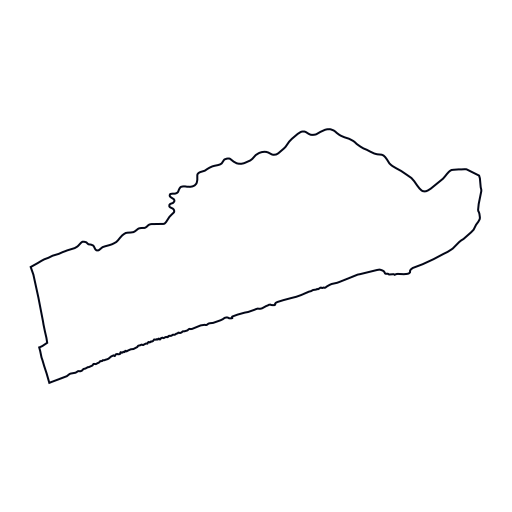 outline of Vinh Chau, Sóc Trăng, Vietnam
{"feature_id": "81297802B36990393529741", "entity_name": "Vinh Chau", "entity_type": "district", "adm_level": 2, "iso_a3": "VNM", "parent_name": "Vietnam", "parent_adm1": "Sóc Trăng", "projection": "orthographic", "projection_center": [105.972, 9.348], "detail": "fine", "context": "isolated", "style": "outline", "palette": "ink", "viewbox_px": 512, "rotation_deg": 0, "n_neighbors": 0, "source": "geoboundaries", "source_scale": "gbopen_adm2", "svg_char_len": 6046}
<svg xmlns="http://www.w3.org/2000/svg" viewBox="0 0 512 512"><path d="M49.3,382.8L66.8,376.2L69.6,374.0L70.6,373.6L75.6,372.7L78.0,371.2L78.8,371.1L80.1,371.3L81.7,370.8L83.5,369.0L85.5,368.5L87.8,367.2L88.3,367.2L89.1,367.0L92.4,365.5L93.5,364.0L94.1,363.9L95.8,364.1L96.7,363.7L97.4,363.2L98.5,362.8L99.4,362.2L100.2,361.2L100.8,361.1L101.6,361.1L102.3,360.9L102.7,360.3L104.5,360.2L105.6,359.7L106.8,359.4L108.5,358.7L111.1,356.5L112.6,355.8L113.5,355.4L114.5,356.0L114.9,355.9L115.6,354.6L116.2,354.2L117.3,354.0L118.0,354.3L119.7,354.1L120.3,353.6L120.3,352.8L120.5,352.4L120.8,352.2L122.0,352.7L122.7,352.5L123.2,351.9L123.8,351.8L124.5,352.0L125.3,350.9L125.8,350.9L126.2,351.3L126.7,351.3L128.3,350.4L130.8,349.3L133.5,349.0L137.3,347.0L137.8,346.2L138.2,345.8L138.7,345.6L140.1,345.3L141.4,344.7L141.9,344.7L142.8,345.0L143.3,345.0L144.2,344.4L145.8,343.6L146.4,343.5L147.2,343.7L147.5,343.5L147.9,342.6L148.3,342.2L148.7,342.0L149.1,342.1L149.4,342.3L149.7,342.4L150.6,342.0L150.7,341.7L151.1,341.4L152.0,341.5L153.0,341.0L154.2,339.5L155.9,339.7L156.4,339.3L156.9,339.2L157.2,339.5L157.5,339.5L158.0,339.3L158.5,338.7L159.0,338.8L159.3,339.3L159.7,339.4L160.1,339.4L160.4,339.1L160.3,338.7L161.4,338.0L162.4,337.7L163.3,338.1L163.9,338.0L165.5,337.1L166.2,337.0L167.2,337.2L167.5,337.1L167.6,336.7L167.9,336.6L168.4,336.6L168.9,335.9L169.4,335.8L170.9,335.9L171.3,335.6L171.8,335.5L172.7,334.8L173.3,334.7L173.9,334.8L174.7,334.7L175.4,334.4L176.1,333.8L177.7,333.3L178.3,332.7L178.9,332.7L179.9,333.0L180.5,332.9L181.6,332.4L182.6,331.5L183.0,331.3L184.4,331.3L186.5,330.7L187.4,330.4L188.8,329.2L189.4,328.9L190.9,329.1L192.1,328.9L200.7,325.4L204.7,324.8L205.5,325.0L206.3,325.0L206.9,324.8L208.2,323.8L209.1,323.4L210.3,323.2L213.1,322.9L220.5,320.3L222.8,319.2L224.6,317.9L225.3,317.7L226.9,317.4L228.1,317.7L228.9,318.2L229.5,318.3L231.4,318.3L232.2,318.1L232.2,317.7L232.0,317.2L232.1,316.8L232.4,316.5L237.6,314.6L244.8,312.6L248.1,312.0L254.4,309.8L256.0,309.1L257.7,308.6L259.5,308.8L260.7,308.7L262.1,308.3L266.1,306.1L267.9,305.4L268.9,304.8L270.3,304.6L271.2,305.0L272.1,305.1L274.4,305.1L274.9,304.9L275.2,304.4L275.1,303.8L275.7,302.9L277.4,302.0L283.5,300.1L291.4,298.0L296.2,296.8L301.0,295.1L308.8,291.7L311.1,291.1L312.3,290.4L313.1,290.0L316.0,289.6L317.2,289.0L317.6,289.2L318.3,289.1L320.4,287.7L321.1,287.6L321.6,287.9L322.3,288.0L322.8,287.9L323.3,287.6L324.0,287.6L324.8,287.8L325.5,287.5L327.1,286.3L329.6,284.9L331.6,284.0L337.1,282.8L339.0,282.1L357.7,274.6L359.9,274.2L377.0,270.0L379.5,269.6L380.8,269.9L382.2,270.4L383.6,271.1L384.4,272.1L385.0,273.3L385.3,273.6L386.0,273.8L387.3,273.7L388.2,273.9L388.5,274.2L389.1,274.5L393.4,274.2L393.9,274.3L394.6,274.8L396.3,274.1L397.6,273.9L403.8,274.2L407.0,273.9L408.4,273.6L409.3,273.1L410.0,272.3L410.1,270.6L410.8,269.5L412.7,268.0L422.7,264.2L433.7,259.1L443.5,253.9L447.6,251.9L451.5,249.4L452.8,248.5L459.1,242.1L461.2,240.4L463.5,239.0L471.1,232.3L473.6,229.7L476.1,224.7L478.2,221.9L479.6,219.4L479.8,218.7L479.9,217.4L479.4,213.8L478.9,212.2L478.3,211.1L478.1,209.8L478.7,204.0L481.3,191.1L481.3,189.8L480.7,187.2L479.9,178.4L479.1,175.6L466.5,169.3L465.0,169.2L461.5,169.4L458.5,169.4L453.3,169.8L451.5,170.0L450.0,170.9L448.8,171.9L446.9,174.0L445.0,176.4L443.0,178.7L430.7,188.7L427.8,190.5L426.1,191.2L424.6,191.4L422.7,191.1L421.6,190.5L419.5,188.5L417.1,185.4L414.2,181.2L411.4,178.0L406.8,174.8L401.2,171.0L395.9,168.1L392.4,166.0L391.1,165.0L389.4,163.4L386.9,159.4L385.2,157.1L383.5,155.5L381.7,154.7L377.3,154.3L376.0,154.0L374.2,153.5L370.4,151.7L366.8,149.8L363.4,148.4L360.4,146.6L358.4,145.2L356.6,143.9L355.5,142.8L354.4,141.8L353.1,140.9L350.7,139.6L348.9,138.7L344.5,137.3L341.2,135.9L339.4,134.9L336.7,132.9L335.3,131.6L333.9,130.6L333.0,130.2L330.6,129.3L329.4,129.2L327.0,129.3L325.0,129.8L320.4,131.9L316.4,134.2L315.6,134.5L313.8,134.8L312.1,134.9L310.5,134.7L308.6,133.8L306.1,132.2L304.7,131.6L303.9,131.5L302.5,131.5L301.9,131.6L300.7,132.0L297.7,133.9L291.9,138.8L289.2,141.6L285.5,146.9L283.9,148.5L278.3,153.3L277.1,154.0L276.1,154.5L273.7,154.8L272.3,154.6L271.6,154.3L268.2,152.5L266.2,151.9L264.3,151.8L261.8,152.1L259.3,152.9L257.9,153.7L255.7,155.1L252.3,158.9L250.2,160.5L245.0,162.8L243.7,163.3L241.2,163.8L238.6,163.7L236.7,163.3L233.6,161.6L230.3,159.0L229.6,158.6L228.2,158.5L227.0,158.6L224.6,159.4L224.3,159.6L223.9,160.1L221.9,163.1L221.6,163.5L219.9,164.5L217.9,165.1L214.5,165.8L212.3,166.4L209.5,167.7L207.3,169.0L204.8,170.7L200.2,172.1L198.7,172.9L197.9,173.7L197.5,174.3L197.3,175.1L197.3,179.9L196.8,182.5L196.4,183.5L196.1,183.9L194.8,185.3L194.1,185.7L192.5,186.4L190.3,186.8L186.8,186.7L185.1,186.4L183.1,186.4L181.2,186.8L180.6,187.1L179.7,188.2L178.9,189.7L178.2,191.6L177.9,192.1L177.3,192.7L176.1,193.3L175.6,193.5L174.4,193.7L172.2,193.7L170.4,194.0L170.0,194.4L169.7,195.3L169.9,196.4L170.9,197.3L173.8,199.2L174.3,200.1L174.4,200.9L174.2,201.5L173.7,202.2L172.9,203.0L170.3,203.9L169.9,204.3L169.4,204.9L169.3,206.2L169.6,206.8L170.1,207.3L172.8,208.6L173.7,209.5L174.1,210.4L174.2,211.5L174.0,212.2L173.7,212.6L171.4,214.8L169.4,216.9L166.1,222.0L164.9,223.3L164.3,223.7L163.4,223.9L151.4,224.1L150.2,224.3L148.9,224.8L148.2,225.3L146.5,226.9L145.7,227.4L144.7,227.9L141.2,228.0L139.4,228.3L138.7,228.5L138.0,228.9L135.1,231.2L133.5,232.1L132.9,232.2L130.8,232.5L127.5,232.7L125.7,233.0L123.9,234.1L122.2,235.4L120.1,237.7L118.0,240.3L116.3,242.0L113.8,243.4L111.9,244.3L109.5,245.1L105.1,246.3L102.7,247.1L102.1,247.5L99.1,250.0L98.2,250.4L96.8,250.4L96.3,250.2L95.7,249.7L95.2,249.1L93.8,246.3L93.2,245.6L92.7,245.3L90.9,244.6L88.5,244.3L87.7,243.7L86.4,242.4L85.6,242.1L84.3,241.8L82.7,241.7L82.0,242.0L81.0,242.8L78.1,245.9L77.1,246.7L74.7,248.1L67.2,250.4L65.2,251.2L62.7,252.1L58.7,253.9L52.6,255.7L48.4,257.8L44.3,259.3L41.5,260.8L37.7,263.1L30.7,267.0L33.4,274.7L38.4,297.6L43.0,321.4L43.5,324.5L44.9,331.3L46.4,337.8L47.2,342.8L42.4,346.0L40.1,347.1L39.2,347.4L40.2,351.1L41.5,357.4L42.5,360.3L44.2,366.1L46.6,373.4L49.3,382.8Z" fill="none" stroke="#020617" stroke-width="2"/></svg>